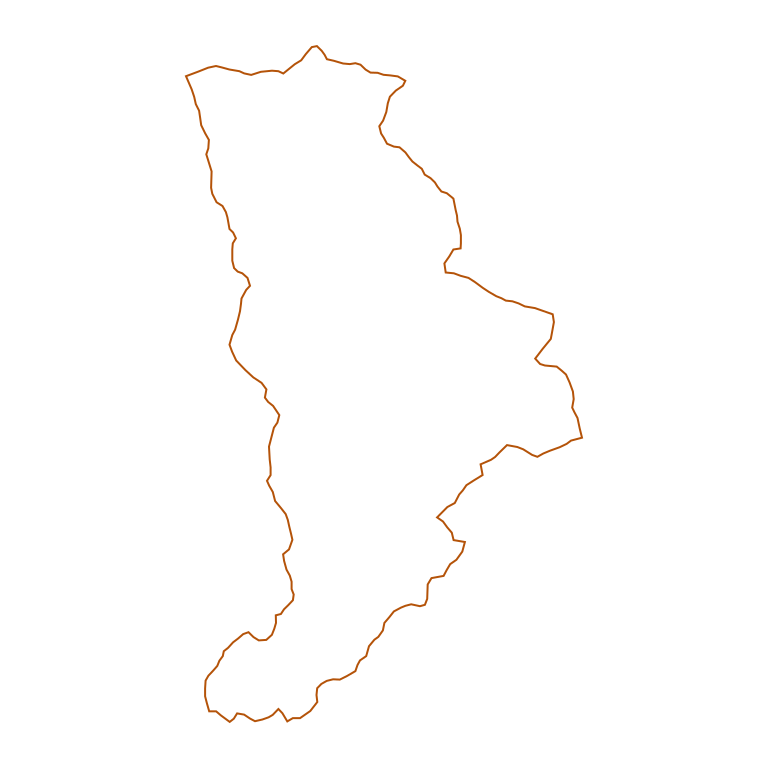 the district of Fernandópolis, São Paulo, Brazil
{"feature_id": "56859067B33665178347433", "entity_name": "Fernandópolis", "entity_type": "district", "adm_level": 2, "iso_a3": "BRA", "parent_name": "Brazil", "parent_adm1": "São Paulo", "projection": "albers", "projection_center": [-50.287, -20.283], "detail": "fine", "context": "isolated", "style": "outline", "palette": "amber", "viewbox_px": 768, "rotation_deg": 0, "n_neighbors": 0, "source": "geoboundaries", "source_scale": "gbopen_adm2", "svg_char_len": 3377}
<svg xmlns="http://www.w3.org/2000/svg" viewBox="0 0 768 768"><path d="M267.0,480.8L269.2,485.7L272.8,492.0L275.1,501.0L281.0,508.1L285.7,514.1L287.8,519.9L289.3,526.7L291.0,533.6L292.4,539.8L289.0,549.4L283.1,554.3L284.1,560.9L286.5,569.6L289.8,575.6L291.6,581.7L291.6,589.1L293.7,594.5L292.9,600.2L288.3,605.1L284.0,609.3L280.9,614.0L275.8,615.3L276.0,622.9L274.3,628.7L271.9,634.8L266.3,639.9L258.8,640.4L253.5,637.1L248.5,632.2L243.2,634.1L238.0,638.6L233.1,642.3L228.1,647.8L223.8,651.2L222.8,656.1L219.4,660.7L217.3,665.9L213.2,670.6L208.4,675.7L205.6,680.6L205.1,688.4L205.1,696.3L206.8,702.9L209.2,711.3L216.1,711.3L220.9,715.4L229.7,721.9L233.8,718.7L237.1,713.4L244.1,714.6L250.1,718.6L255.0,721.2L262.4,719.5L268.6,717.3L272.7,714.9L278.4,709.0L282.4,713.2L287.3,721.4L292.9,718.1L300.1,718.1L310.3,711.0L317.3,702.0L316.5,695.0L317.2,688.2L321.4,683.9L326.7,680.9L333.1,679.3L339.8,679.6L347.0,676.0L355.4,671.1L357.5,665.0L360.0,660.4L366.2,656.1L369.0,646.2L374.4,639.7L378.3,636.9L382.9,630.4L384.4,622.9L389.3,617.2L393.9,611.4L401.0,607.6L405.4,605.8L411.2,604.3L420.0,606.2L424.9,604.8L427.2,598.9L427.7,584.4L431.5,578.1L443.6,575.9L446.6,570.2L450.2,564.1L456.4,559.8L462.3,551.6L464.9,542.0L453.6,540.1L451.8,532.7L447.2,527.3L443.0,521.5L437.1,517.4L447.4,507.0L454.8,503.0L459.2,494.5L462.8,490.4L466.4,485.2L473.4,480.7L482.6,475.0L480.6,464.3L491.0,459.8L495.1,457.0L499.3,452.6L507.0,445.1L517.3,447.0L523.2,449.3L532.1,454.9L537.4,456.8L543.3,453.5L550.0,450.7L559.7,447.2L566.6,443.9L571.0,440.6L582.0,437.7L579.7,428.4L577.5,418.0L574.4,412.2L572.2,407.6L573.7,399.1L572.9,391.5L569.6,382.5L566.0,374.5L561.6,370.6L556.7,366.6L544.9,365.5L540.1,364.0L535.2,358.6L542.7,348.8L550.8,338.9L551.9,333.1L553.9,322.1L552.7,314.3L535.0,308.1L524.8,306.4L518.6,303.4L512.4,301.3L505.8,300.6L501.4,298.2L496.3,296.2L488.9,291.9L482.7,287.8L475.0,282.1L468.5,277.9L460.6,275.8L453.9,273.3L445.7,272.5L444.4,263.4L449.3,256.4L453.4,249.5L460.6,248.4L460.9,243.2L460.9,235.1L459.8,228.7L457.5,221.7L457.0,215.6L455.7,210.2L453.4,198.6L446.8,193.2L441.4,191.5L437.5,186.6L434.9,182.4L430.6,178.2L424.7,174.6L421.8,168.8L417.2,165.3L412.4,161.5L409.0,157.3L405.4,152.4L399.5,147.3L393.9,146.6L387.0,143.7L383.9,137.9L381.1,133.5L379.3,126.2L383.1,120.6L386.3,112.0L387.8,103.3L389.9,96.7L395.8,90.6L402.9,85.7L405.3,80.8L397.8,76.4L390.2,75.4L383.5,74.8L377.6,72.8L370.5,72.6L365.6,69.6L360.5,64.7L355.4,63.2L349.8,64.1L343.1,63.5L333.9,60.8L326.9,59.2L324.6,54.8L321.7,50.8L316.9,46.1L311.8,47.1L305.8,54.1L301.2,60.3L294.8,64.2L283.3,73.5L278.4,71.2L272.0,70.7L260.9,71.8L251.2,74.9L244.2,73.4L239.4,71.2L229.4,69.5L221.7,67.4L216.0,66.0L208.1,67.7L198.3,71.6L186.0,76.2L191.7,89.4L194.2,96.9L195.8,104.1L199.1,110.7L200.1,117.5L201.2,125.2L205.2,133.4L208.9,139.9L208.3,148.4L206.3,154.3L211.6,171.4L211.1,187.8L212.3,193.8L216.6,202.3L222.5,206.0L225.9,212.1L227.4,217.3L229.5,229.0L233.1,232.5L235.9,238.3L232.8,243.3L232.3,249.3L232.3,260.7L234.1,268.1L237.7,271.6L242.3,273.3L247.5,277.9L250.0,285.8L246.2,289.9L241.5,298.5L241.0,303.7L240.0,311.2L238.0,319.5L235.1,329.7L232.3,335.0L229.5,344.7L232.1,351.7L236.2,360.5L245.4,370.1L253.3,377.4L261.6,382.9L266.4,389.4L264.9,397.6L268.2,402.0L273.1,405.9L279.3,415.1L277.4,422.6L273.9,427.7L269.0,446.6L269.7,459.4L270.6,467.4L270.6,475.1L267.0,480.8Z" fill="none" stroke="#b45309" stroke-width="2"/></svg>